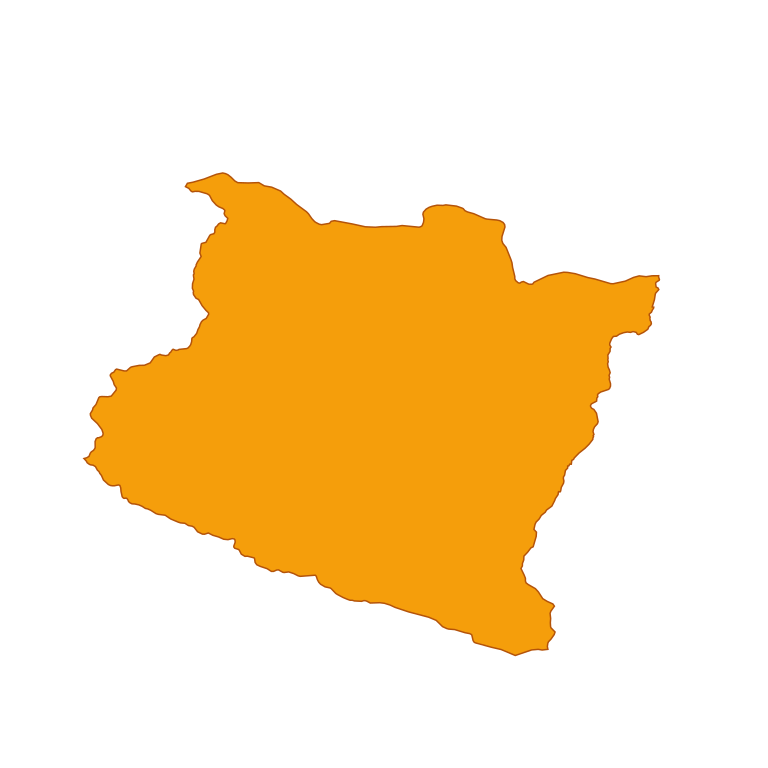 Liborina, Antioquia, Colombia, rotated 117°
{"feature_id": "7082276B40306940233950", "entity_name": "Liborina", "entity_type": "district", "adm_level": 2, "iso_a3": "COL", "parent_name": "Colombia", "parent_adm1": "Antioquia", "projection": "natural_earth1", "projection_center": [-75.777, 6.724], "detail": "fine", "context": "isolated", "style": "filled", "palette": "amber", "viewbox_px": 768, "rotation_deg": 117, "n_neighbors": 0, "source": "geoboundaries", "source_scale": "gbopen_adm2", "svg_char_len": 6159}
<svg xmlns="http://www.w3.org/2000/svg" viewBox="0 0 768 768"><g transform="rotate(117 384 384)"><path d="M269.4,523.4L266.6,528.6L265.7,531.3L263.7,543.3L261.6,550.9L260.3,559.1L259.0,563.7L259.6,573.4L261.8,580.6L261.4,587.0L266.5,596.2L271.0,605.7L270.8,609.1L269.2,614.1L268.4,618.1L268.5,620.7L269.2,623.5L273.2,628.5L283.1,637.4L290.9,645.8L294.4,650.3L298.3,650.5L298.3,646.7L299.7,643.6L299.8,642.5L299.7,641.8L298.1,639.8L296.4,636.3L294.8,627.9L295.1,625.2L298.6,620.2L300.7,614.7L301.1,611.6L300.8,607.2L301.3,605.2L301.8,604.5L304.7,603.8L305.3,603.2L306.3,601.8L307.3,598.4L309.9,597.9L313.0,598.0L313.4,598.5L314.6,602.8L316.4,604.0L319.4,604.6L320.8,605.3L323.3,604.8L325.5,603.7L327.3,603.8L329.5,606.2L330.6,606.7L338.6,607.0L341.4,610.1L342.2,610.4L350.9,607.5L353.4,604.8L360.0,605.6L363.0,605.5L364.1,605.0L367.7,605.2L369.9,604.7L372.0,603.2L373.0,603.4L374.1,602.9L376.8,600.9L381.6,600.1L385.7,598.2L387.7,595.8L389.1,595.5L390.8,594.3L392.9,590.5L392.9,587.7L393.3,586.9L396.8,581.6L399.2,576.1L400.2,572.7L401.5,571.9L406.3,572.2L409.2,574.2L411.3,574.9L414.5,574.9L416.8,574.4L419.9,574.5L423.9,573.9L428.3,574.8L429.8,575.8L430.8,575.8L433.7,574.6L436.7,574.1L438.5,574.3L441.1,575.1L442.1,576.0L446.2,582.3L447.3,583.0L448.5,584.6L448.8,587.7L450.3,588.3L452.5,588.5L453.7,589.1L455.9,589.2L457.8,591.2L459.2,595.4L459.3,597.1L460.4,598.1L464.2,600.9L471.3,601.9L476.1,606.0L478.5,610.5L483.0,616.3L484.2,617.4L489.2,619.3L490.3,621.4L492.1,629.0L493.1,629.7L496.1,630.1L498.2,631.7L500.2,632.0L501.0,631.6L504.6,626.4L507.1,624.1L509.0,620.6L511.0,619.9L518.6,621.5L520.7,624.2L523.3,629.8L524.4,631.4L525.6,631.9L533.0,631.3L537.4,632.4L539.5,631.9L543.8,632.2L545.2,631.3L547.2,628.9L549.4,621.3L552.6,614.8L555.4,611.9L556.8,611.4L557.8,611.3L559.3,611.9L561.5,613.9L561.9,614.8L563.4,615.6L566.4,615.3L571.7,612.5L572.9,612.4L575.0,612.7L577.4,614.0L579.0,614.3L582.4,614.0L584.6,615.3L586.6,617.5L587.8,614.3L588.9,612.7L589.3,610.4L589.3,609.0L588.4,606.3L588.6,603.6L590.9,600.2L591.4,598.2L592.6,596.7L593.8,594.2L596.9,590.4L598.7,584.0L598.6,581.6L598.0,579.8L597.0,577.9L594.5,574.8L594.3,573.3L596.1,571.4L599.2,569.5L603.3,566.1L603.9,564.6L603.9,563.7L602.8,562.0L602.7,561.2L603.4,559.7L604.7,558.2L605.2,556.4L605.2,554.2L604.0,551.4L603.0,547.6L602.8,544.0L603.2,540.1L602.6,538.0L602.4,534.6L603.0,528.3L602.6,525.9L600.3,519.5L601.1,512.7L600.5,504.6L600.1,502.2L598.5,498.2L598.9,494.0L597.8,490.4L597.9,488.1L600.3,483.0L600.2,477.6L599.2,475.6L596.5,472.9L596.5,467.8L595.4,462.0L595.1,456.4L593.5,452.3L590.7,449.1L590.1,447.1L590.4,446.2L592.4,444.8L596.7,444.2L597.5,443.7L598.1,442.4L597.5,438.8L597.7,437.6L600.4,433.9L600.7,429.7L599.4,427.4L597.9,420.8L598.3,420.1L601.5,417.8L602.8,415.3L602.7,411.6L601.6,404.3L602.1,399.3L601.1,397.3L598.5,395.2L597.5,393.6L597.7,388.7L597.3,387.4L594.7,383.6L593.9,378.3L593.9,373.4L593.4,371.3L585.6,358.5L586.0,357.1L588.6,354.5L590.2,352.2L591.2,349.6L591.5,344.4L590.2,339.5L590.3,338.2L592.5,331.9L592.7,329.9L592.8,323.6L592.5,319.3L592.1,316.1L591.1,314.1L590.7,311.8L587.8,305.3L586.2,303.7L585.6,302.5L585.3,300.8L585.4,296.8L580.8,288.5L579.2,284.1L578.2,278.3L578.0,272.7L575.9,258.7L571.5,238.3L570.9,230.2L573.6,221.7L573.4,217.0L573.0,215.1L570.7,209.5L568.8,198.8L567.5,194.3L567.5,192.7L567.8,191.8L572.2,188.1L573.2,186.3L573.1,184.7L569.8,168.8L567.4,159.1L566.3,143.8L553.9,131.7L550.4,126.1L549.2,122.3L546.0,117.5L543.7,119.3L540.4,120.4L538.9,120.4L535.6,119.4L530.0,118.6L527.3,119.0L525.4,124.6L524.6,125.4L521.2,127.4L517.2,129.1L513.0,131.9L510.7,132.2L504.6,131.3L503.3,133.7L503.6,139.8L503.2,145.1L499.2,152.0L497.6,156.2L497.2,164.5L496.7,167.1L495.4,168.5L492.9,169.8L490.6,172.4L486.2,178.2L483.3,178.1L481.0,179.2L477.3,179.6L473.9,181.2L468.8,179.7L463.3,178.7L461.3,177.2L450.7,179.2L446.8,180.9L445.5,184.4L440.5,185.7L438.0,185.8L434.0,184.5L429.7,184.2L425.0,182.1L422.6,182.0L416.6,179.0L410.3,179.0L408.3,179.3L403.5,178.7L401.0,179.6L400.5,179.4L400.3,178.2L399.2,178.0L395.6,179.1L390.8,179.0L388.7,179.7L386.9,181.2L385.3,181.9L383.3,181.7L378.6,183.1L375.6,182.2L373.7,183.1L373.1,182.2L371.1,182.1L370.4,180.7L366.8,182.0L365.2,180.9L363.5,180.9L357.0,178.9L350.0,175.7L344.4,173.9L338.6,172.8L337.2,173.4L335.8,173.4L335.0,174.2L333.7,174.0L331.6,176.1L329.3,176.8L326.5,176.9L322.5,175.8L320.4,176.1L313.6,181.4L311.4,185.4L311.3,188.0L310.4,189.6L309.5,190.2L307.6,190.2L302.7,186.8L299.9,188.0L298.3,187.7L296.8,188.8L295.4,188.7L292.8,187.3L286.9,181.5L285.6,181.0L283.1,181.2L280.9,182.3L277.4,185.6L275.6,186.0L274.1,187.4L271.3,187.6L269.1,189.6L267.2,192.0L264.4,194.0L262.4,194.3L260.8,195.6L259.6,195.9L256.6,197.7L252.3,197.4L249.6,198.7L248.0,198.5L246.8,200.6L245.1,201.4L240.2,201.7L237.5,201.2L235.8,198.5L232.8,196.9L229.5,193.8L227.2,190.8L226.1,187.8L224.4,186.1L224.0,185.2L223.5,182.7L224.6,180.8L224.3,179.4L220.1,176.2L215.5,173.8L212.6,174.0L210.8,173.2L209.0,173.1L207.4,174.2L206.6,175.6L204.5,177.1L203.6,177.2L202.2,179.0L201.2,179.4L198.5,178.3L196.1,178.5L194.3,178.2L193.1,178.5L193.6,180.0L186.2,181.3L181.0,183.0L179.7,183.2L175.1,182.0L174.0,183.6L174.1,185.5L171.8,187.2L170.6,187.8L169.7,187.7L166.7,185.9L165.9,186.0L164.0,187.9L162.8,188.4L165.9,194.3L169.4,199.2L171.8,205.7L175.7,210.0L182.8,215.7L190.7,225.4L191.7,227.7L194.7,243.7L196.6,250.6L198.9,263.7L201.2,271.0L202.8,274.6L212.8,287.1L224.5,296.0L225.4,296.6L227.1,296.8L227.9,297.4L229.3,300.2L229.4,306.3L230.8,307.9L232.5,308.8L232.9,310.4L232.1,313.6L230.9,315.2L228.8,316.3L221.8,322.3L217.9,325.0L215.5,327.4L206.9,337.2L204.8,341.9L202.5,344.3L199.1,345.8L189.2,347.5L187.2,348.9L186.5,350.2L186.0,351.3L185.9,355.0L186.7,358.0L190.3,367.0L190.8,368.9L191.5,381.3L192.8,387.8L192.8,390.6L191.8,393.0L191.8,394.3L192.6,400.2L196.3,410.2L198.1,412.5L200.6,417.9L203.8,421.8L206.1,424.0L209.1,425.9L213.0,426.9L215.1,426.4L218.7,423.4L222.0,422.2L225.5,421.9L226.5,422.2L228.3,423.8L234.6,439.8L237.9,444.4L244.9,457.6L248.2,462.8L252.4,472.0L255.9,485.3L260.9,502.2L263.0,504.9L265.6,505.5L270.4,512.0L271.0,514.2L271.0,518.0L270.8,519.5L269.4,523.4Z" fill="#f59e0b" stroke="#b45309" stroke-width="1.5"/></g></svg>